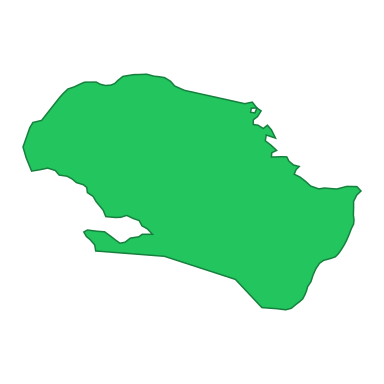 outline of Porto de Pedras, Alagoas, Brazil
{"feature_id": "56859067B20815051072024", "entity_name": "Porto de Pedras", "entity_type": "district", "adm_level": 2, "iso_a3": "BRA", "parent_name": "Brazil", "parent_adm1": "Alagoas", "projection": "orthographic", "projection_center": [-35.401, -9.149], "detail": "fine", "context": "isolated", "style": "filled", "palette": "green", "viewbox_px": 384, "rotation_deg": 0, "n_neighbors": 0, "source": "geoboundaries", "source_scale": "gbopen_adm2", "svg_char_len": 1767}
<svg xmlns="http://www.w3.org/2000/svg" viewBox="0 0 384 384"><path d="M330.1,188.5L324.5,188.0L318.8,188.9L310.6,186.0L305.6,181.4L299.9,177.0L294.2,174.2L296.1,169.6L299.2,166.5L293.5,165.0L288.9,161.1L286.8,156.9L282.6,156.7L276.5,156.9L271.4,157.0L271.8,152.7L276.6,150.4L271.0,145.2L265.3,140.8L266.2,135.0L275.5,138.1L271.4,129.8L267.4,125.2L263.3,128.5L258.0,125.2L253.3,124.5L253.3,119.8L257.5,116.6L261.1,110.9L256.9,108.0L252.3,102.1L244.8,103.7L184.3,90.3L174.7,86.0L170.6,81.3L164.6,77.6L159.0,76.7L154.0,76.2L146.7,74.2L140.0,74.5L133.9,74.6L128.8,75.4L122.9,76.4L118.0,80.3L114.8,83.5L110.9,85.1L105.5,85.5L100.1,84.2L96.3,82.1L90.6,82.1L84.4,82.2L79.0,84.6L74.2,86.9L67.9,89.0L63.4,93.3L59.6,97.5L41.6,120.4L32.9,122.5L29.8,127.7L23.0,147.0L26.2,157.9L31.6,171.1L40.1,169.7L47.7,168.1L55.3,170.5L59.2,175.1L67.0,176.2L72.2,179.0L76.4,182.6L83.3,184.7L86.7,187.4L87.4,192.6L93.1,196.4L96.1,201.6L103.2,210.2L105.8,216.6L115.4,217.5L120.7,217.3L126.7,215.4L133.0,218.4L139.1,220.5L142.0,225.9L147.3,228.8L152.5,234.3L142.2,234.3L138.8,236.8L130.3,238.1L125.1,242.2L120.0,243.2L116.0,240.4L110.9,236.4L104.6,231.8L97.8,231.3L92.7,230.7L87.5,230.0L83.8,232.0L86.4,236.5L90.2,239.7L94.7,244.9L95.7,251.0L164.4,256.3L235.4,279.4L261.9,307.6L276.9,308.7L285.7,309.8L291.3,308.3L296.0,304.4L299.6,301.7L302.7,298.9L304.9,294.7L306.5,290.8L307.6,286.7L311.0,281.5L313.0,275.2L315.7,269.0L319.5,263.3L323.6,260.4L330.2,258.6L335.4,256.8L338.3,253.8L340.8,250.4L344.2,244.9L346.6,240.3L349.1,234.5L351.3,228.7L353.6,224.1L354.0,219.9L353.4,215.1L353.6,207.6L353.6,201.4L356.7,195.1L361.0,191.0L356.9,186.6L346.8,186.4L336.8,189.0L330.1,188.5ZM256.9,108.0L254.9,112.9L250.6,112.3L251.3,108.2L256.9,108.0Z" fill="#22c55e" stroke="#15803d" stroke-width="1.5"/></svg>